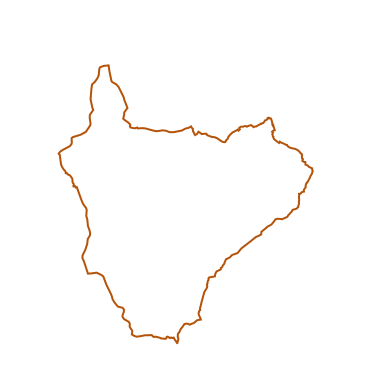 the district of Budesti, Maramures, Romania, rotated 76°
{"feature_id": "2599482B87863551730406", "entity_name": "Budesti", "entity_type": "district", "adm_level": 2, "iso_a3": "ROU", "parent_name": "Romania", "parent_adm1": "Maramures", "projection": "equal_earth", "projection_center": [23.957, 47.717], "detail": "fine", "context": "isolated", "style": "outline", "palette": "amber", "viewbox_px": 384, "rotation_deg": 76, "n_neighbors": 0, "source": "geoboundaries", "source_scale": "gbopen_adm2", "svg_char_len": 5993}
<svg xmlns="http://www.w3.org/2000/svg" viewBox="0 0 384 384"><g transform="rotate(76 192 192)"><path d="M318.9,281.0L319.2,279.1L319.5,276.1L319.6,272.4L320.4,269.1L321.1,265.7L323.3,264.4L323.6,262.2L325.8,258.2L326.2,257.9L326.6,257.4L326.9,256.4L327.8,254.1L328.0,253.4L328.0,252.7L327.9,252.5L327.7,252.3L326.9,252.0L326.7,251.8L326.5,251.3L326.4,250.8L326.6,250.4L327.8,249.4L327.9,249.1L327.9,248.9L328.2,248.9L328.4,248.7L328.5,248.3L328.3,247.2L328.7,246.8L328.9,246.4L328.8,245.0L329.2,244.8L330.9,244.6L332.9,243.6L333.9,243.4L335.1,243.0L335.7,242.7L335.2,242.7L334.7,242.6L333.6,242.0L332.4,241.2L331.3,240.7L330.3,240.8L329.7,240.7L329.0,240.9L327.6,240.4L326.4,240.1L325.5,239.0L325.0,238.2L324.3,237.8L323.8,237.3L322.2,236.0L320.7,234.0L318.3,231.3L318.4,230.8L318.4,230.3L318.3,229.7L318.4,229.1L318.5,228.8L318.8,228.2L319.1,227.5L319.9,226.6L320.2,226.2L320.1,225.7L320.0,225.2L319.8,224.3L319.7,223.6L319.7,223.1L319.6,222.2L319.3,221.4L319.2,221.2L319.1,220.8L319.1,220.5L318.7,220.2L317.7,218.1L317.7,216.5L317.9,214.3L316.5,214.4L312.8,215.1L311.1,214.9L309.1,213.7L308.6,212.6L307.1,212.5L306.4,212.2L304.6,211.1L301.4,209.5L292.0,204.2L289.0,201.1L287.3,200.0L286.4,200.0L285.1,199.8L284.5,199.1L283.3,198.7L281.8,197.9L281.5,197.3L280.9,197.0L280.0,197.0L279.2,196.4L279.1,195.1L279.4,190.2L278.8,190.0L276.6,188.9L275.0,187.3L274.1,182.8L272.7,182.4L272.2,181.0L270.8,179.9L269.5,178.1L268.4,177.5L265.5,175.3L264.6,171.1L262.8,168.3L262.3,162.6L258.7,157.8L253.7,146.4L251.1,140.9L250.7,137.9L249.9,135.1L247.4,134.3L244.9,129.0L243.8,127.0L243.4,125.0L242.8,122.8L239.9,118.9L238.9,118.0L238.6,116.1L238.7,115.3L239.4,113.1L240.2,111.3L239.6,107.6L239.4,106.7L239.2,105.6L238.9,105.2L238.0,104.4L237.5,103.8L237.2,103.1L236.2,101.7L235.2,100.0L234.4,99.4L233.7,98.7L233.6,97.9L233.6,95.8L233.4,94.9L233.4,94.3L232.9,93.7L232.4,92.7L231.7,92.4L231.2,92.3L230.9,92.1L230.4,91.6L230.1,91.4L228.7,90.9L227.6,90.8L226.9,90.4L226.5,90.2L224.8,89.7L224.0,89.7L223.5,89.6L222.2,89.3L221.6,89.0L220.6,88.7L219.7,88.6L220.0,87.6L220.0,87.3L218.9,85.8L218.6,84.6L218.7,83.3L217.5,83.1L216.9,82.8L216.2,82.2L215.0,80.6L214.6,80.4L213.8,80.4L213.3,80.2L212.7,79.9L212.2,79.5L211.5,79.2L210.7,78.3L210.8,78.1L210.7,77.9L208.6,75.9L206.7,74.2L205.2,73.2L204.6,72.6L203.9,71.8L203.4,71.4L202.7,70.9L201.9,70.5L201.0,69.8L200.7,69.9L200.3,70.0L199.0,69.8L198.7,69.9L198.1,69.7L197.3,70.8L196.3,71.9L196.0,72.4L194.5,73.2L193.3,74.6L192.9,75.3L191.4,75.0L190.3,74.8L190.1,75.4L189.9,76.0L189.5,76.5L188.6,77.4L186.9,76.4L186.1,77.1L185.0,77.0L183.9,76.7L182.7,76.4L182.2,76.1L181.5,76.7L180.0,77.5L178.0,78.5L176.9,79.4L176.2,80.1L175.1,81.5L174.5,82.7L174.2,83.5L173.6,84.7L173.1,85.5L172.4,86.5L171.5,87.5L170.6,88.1L169.3,88.4L169.0,89.3L168.3,90.2L167.2,91.3L165.8,93.4L164.4,94.6L165.5,95.6L164.9,96.2L163.4,97.4L162.8,97.9L162.3,98.2L160.4,99.7L158.7,99.9L158.2,99.6L157.6,100.1L157.0,100.0L156.4,99.9L155.3,100.1L154.2,99.1L153.9,99.2L152.9,99.7L152.2,98.3L152.1,97.8L152.1,96.8L151.4,96.9L150.5,96.8L149.8,96.8L149.1,97.0L146.7,97.0L146.9,97.6L145.7,97.7L144.3,97.4L142.4,97.4L141.4,97.4L139.9,97.6L139.6,98.3L139.0,98.7L138.8,99.0L139.2,99.2L139.2,99.6L138.7,99.8L138.4,100.2L138.5,100.7L139.5,101.3L139.9,101.9L140.2,102.9L140.2,103.8L140.8,104.4L141.7,105.4L142.2,105.9L142.3,106.2L142.4,106.7L142.2,107.2L142.5,107.7L142.6,108.0L142.3,108.6L142.8,109.4L142.9,110.2L143.3,111.6L143.5,112.6L143.9,113.5L143.7,115.4L144.0,116.6L142.2,117.7L141.4,118.5L141.5,121.1L141.6,121.8L141.9,122.9L141.2,123.5L140.9,124.5L140.8,125.3L141.0,126.4L140.7,127.7L140.5,128.7L140.7,129.6L140.9,130.0L141.4,130.8L142.8,130.4L143.7,132.0L142.6,132.8L142.8,133.0L143.0,133.7L143.1,134.6L143.6,136.3L143.8,137.1L143.8,137.6L143.9,138.0L144.1,138.4L144.3,138.8L145.8,141.4L146.5,142.2L146.8,142.9L147.2,143.3L148.2,143.9L149.3,144.8L149.4,145.3L149.6,145.6L150.4,146.8L151.3,147.2L151.5,147.6L151.5,148.5L151.0,149.8L149.8,151.2L146.6,154.0L146.4,154.2L146.2,154.3L145.4,155.3L145.4,155.5L144.8,155.9L143.7,158.3L143.7,158.9L143.4,159.5L143.0,159.9L142.7,160.2L142.5,160.7L142.2,161.2L140.9,163.0L140.1,163.8L139.0,163.9L138.8,164.2L138.7,165.1L138.4,166.2L138.3,167.4L138.2,168.4L135.1,171.1L135.4,171.4L137.2,173.5L137.2,174.6L137.5,175.2L136.7,175.6L134.5,175.9L133.9,176.0L133.6,176.3L131.8,176.1L130.8,175.9L130.0,176.5L128.1,177.1L128.7,178.8L128.9,179.8L128.9,183.0L129.9,187.0L129.5,195.6L128.5,199.3L126.2,202.5L124.9,206.2L124.9,207.9L124.4,211.9L123.1,214.6L119.0,221.9L118.0,224.8L117.2,229.2L116.2,229.6L116.4,231.9L116.0,233.0L115.4,234.4L114.5,236.0L113.5,236.4L111.6,235.6L109.1,237.1L107.6,238.4L104.9,240.7L104.2,241.0L102.2,239.9L100.2,239.0L98.4,238.5L94.8,234.3L86.2,235.4L83.3,235.4L72.4,237.8L69.3,239.4L66.1,242.7L65.0,243.3L54.7,242.9L49.0,242.3L48.3,246.9L48.7,251.0L50.0,252.1L56.4,254.4L58.8,256.3L61.6,259.6L63.5,263.0L67.5,264.6L77.5,268.0L86.2,268.3L88.5,268.0L92.4,272.4L95.2,273.3L101.0,273.9L102.6,274.5L107.9,280.3L109.5,286.2L109.9,294.3L110.6,295.8L115.2,296.7L116.6,297.6L118.0,299.6L120.0,307.6L121.0,310.2L122.6,312.1L124.0,311.3L133.3,312.4L135.9,312.1L139.0,311.1L141.0,309.9L141.9,309.8L142.7,309.8L143.1,310.0L143.4,309.7L143.5,308.8L143.8,308.5L144.5,308.4L145.3,307.9L146.1,306.6L146.7,306.2L148.6,305.5L149.3,305.2L150.1,304.9L151.4,305.1L153.2,305.4L154.0,305.5L154.6,305.3L155.2,304.9L155.6,304.8L156.3,304.9L156.9,305.3L157.3,305.6L158.0,305.6L158.2,304.7L158.2,303.8L159.5,303.7L159.6,302.5L161.3,302.4L172.5,301.3L177.1,300.6L182.0,298.6L183.9,298.5L189.7,300.4L193.2,300.2L199.6,301.2L204.5,300.7L207.5,300.8L209.6,301.7L212.5,304.6L217.0,306.2L222.4,309.6L227.0,313.5L229.6,314.3L233.4,313.6L246.0,312.7L246.6,309.8L247.2,304.1L250.3,300.3L252.4,298.5L261.2,297.5L270.5,295.5L273.5,295.0L276.8,295.0L280.5,293.9L285.3,291.6L287.5,287.4L289.7,286.4L292.1,287.3L295.0,289.3L296.2,289.6L298.9,288.7L302.6,284.8L304.6,284.2L307.7,285.1L312.4,283.5L315.7,284.8L317.6,282.9L318.9,281.0Z" fill="none" stroke="#b45309" stroke-width="2"/></g></svg>